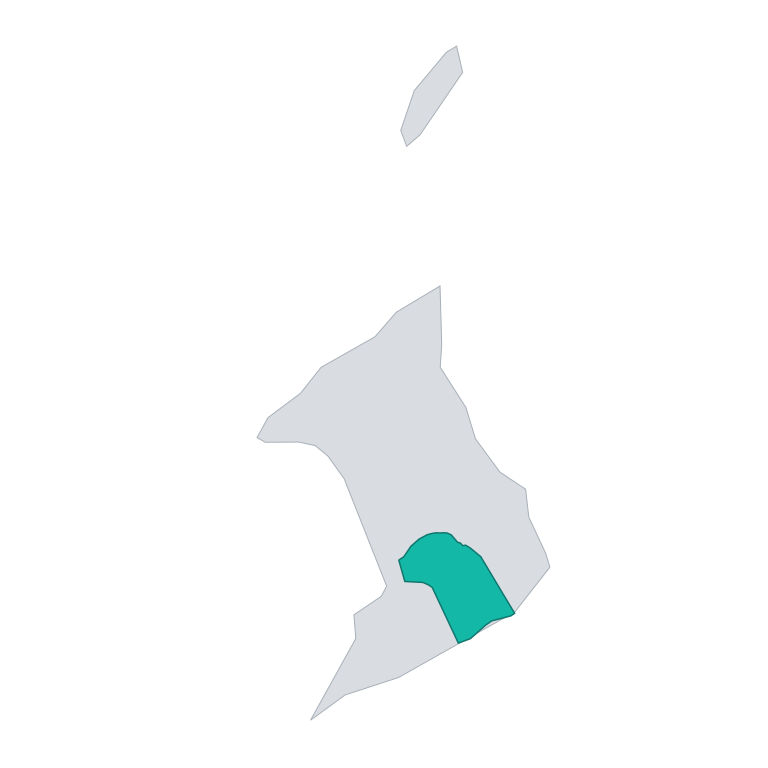 where Princes Town sits in Trinidad and Tobago, rotated 333°
{"feature_id": "TTO-57", "entity_name": "Princes Town", "entity_type": "Region", "adm_level": 1, "iso_a3": "TTO", "parent_name": "Trinidad and Tobago", "parent_adm1": "", "projection": "equal_earth", "projection_center": [-61.291, 10.201], "detail": "fine", "context": "in_parent", "style": "filled", "palette": "teal", "viewbox_px": 768, "rotation_deg": 333, "n_neighbors": 0, "source": "natural_earth", "source_scale": "10m", "svg_char_len": 1026}
<svg xmlns="http://www.w3.org/2000/svg" viewBox="0 0 768 768"><g transform="rotate(333 384 384)"><path d="M448.7,622.5L397.4,646.4L263.8,652.1L208.4,643.4L165.9,650.2L243.3,598.0L252.4,576.0L285.2,571.9L294.6,565.3L305.5,450.2L301.3,422.8L294.8,407.7L281.5,396.9L251.7,382.0L246.6,374.1L265.4,361.3L305.5,354.3L335.5,340.6L397.5,337.8L427.6,325.6L478.4,322.1L453.4,374.9L441.7,394.6L446.3,442.1L440.6,474.4L447.3,515.2L462.4,542.0L452.6,568.3L451.2,608.2L448.7,622.5ZM529.3,178.3L512.1,182.5L514.1,165.6L544.2,136.3L590.3,116.7L602.1,115.9L595.5,142.1L529.3,178.3Z" fill="#d9dde1" stroke="#a8b0b8" stroke-width="1"/><path d="M396.3,647.6L391.9,648.2L372.5,644.0L365.5,644.9L345.4,650.1L332.6,648.6L334.6,587.1L332.1,582.7L328.6,578.5L312.9,569.4L317.2,547.7L323.5,546.8L334.3,540.8L344.9,538.1L354.0,537.9L359.5,539.1L363.5,540.5L366.2,542.2L368.8,543.2L372.6,545.4L375.4,548.9L377.7,558.4L379.8,560.3L380.9,563.9L383.6,564.7L386.5,569.5L391.8,581.7L396.3,647.6Z" fill="#14b8a6" stroke="#0f766e" stroke-width="1.5"/></g></svg>